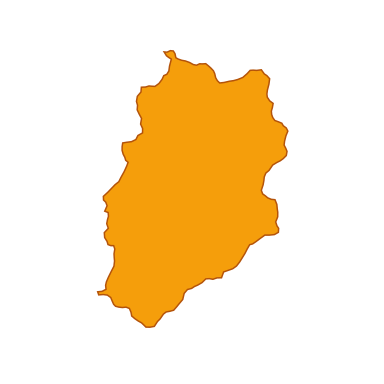 the district of Carmo de Minas, Minas Gerais, Brazil, rotated 209°
{"feature_id": "56859067B32891499548928", "entity_name": "Carmo de Minas", "entity_type": "district", "adm_level": 2, "iso_a3": "BRA", "parent_name": "Brazil", "parent_adm1": "Minas Gerais", "projection": "equal_earth", "projection_center": [-45.157, -22.089], "detail": "fine", "context": "isolated", "style": "filled", "palette": "amber", "viewbox_px": 384, "rotation_deg": 209, "n_neighbors": 0, "source": "geoboundaries", "source_scale": "gbopen_adm2", "svg_char_len": 2599}
<svg xmlns="http://www.w3.org/2000/svg" viewBox="0 0 384 384"><g transform="rotate(209 192 192)"><path d="M226.1,59.0L223.7,56.8L219.9,59.3L216.0,60.8L211.9,60.3L208.5,57.6L206.1,55.8L203.5,55.0L200.3,55.8L196.9,57.2L193.9,59.3L190.3,59.8L187.0,57.2L184.6,54.3L180.7,53.5L176.5,53.1L172.7,53.1L170.0,52.4L166.8,51.5L163.2,53.4L159.8,56.2L159.4,62.0L158.4,65.4L157.8,71.4L156.4,74.6L153.7,76.8L150.7,79.7L149.7,84.4L149.1,87.9L148.0,93.5L149.7,99.5L148.7,104.5L145.6,107.5L144.0,110.6L141.9,113.3L139.3,117.6L137.8,122.7L134.9,124.6L131.4,125.8L128.5,129.0L124.6,131.3L125.6,137.4L122.1,141.3L119.2,144.6L117.2,148.8L116.4,153.9L116.1,159.7L115.9,164.0L116.1,169.0L116.0,173.9L113.8,176.0L112.0,179.6L110.0,184.1L107.4,189.6L103.3,191.9L99.3,194.7L96.9,198.6L98.6,202.2L101.3,203.6L104.3,206.4L105.0,211.8L107.2,215.9L109.2,218.5L111.8,222.3L115.7,225.5L119.2,224.0L123.0,223.6L125.9,224.2L129.3,224.6L132.2,227.1L133.3,232.8L134.7,236.9L136.1,240.2L136.6,244.3L135.1,248.2L134.5,254.7L132.0,259.1L130.0,262.0L128.4,265.4L127.2,269.6L128.6,273.6L131.2,275.7L134.2,277.7L135.7,281.4L137.1,286.7L137.7,291.7L140.6,293.7L144.3,294.2L146.8,295.7L150.4,295.3L154.3,294.7L157.5,296.3L159.9,298.4L161.8,301.2L162.6,304.7L164.0,308.8L168.3,309.4L172.1,311.4L174.0,314.0L175.5,317.8L177.0,323.6L179.0,328.7L183.0,330.1L186.0,330.3L190.6,332.5L194.4,329.7L197.6,328.2L200.1,326.6L201.2,322.1L203.1,316.8L206.6,312.5L209.7,309.5L213.0,307.0L217.1,303.3L220.6,300.8L223.7,301.6L226.7,303.4L229.5,306.5L232.0,308.4L235.4,309.5L238.4,310.2L242.2,310.9L244.8,309.2L247.5,307.8L249.5,305.1L252.6,304.1L257.0,304.1L261.3,303.4L264.9,302.2L268.5,301.6L271.2,301.6L273.9,304.7L276.7,306.3L279.5,305.1L281.6,302.2L284.3,301.0L280.4,298.8L277.7,298.4L274.5,298.2L272.7,291.2L270.9,286.6L271.1,282.7L273.1,280.1L272.8,276.0L273.5,270.9L275.6,266.4L278.5,265.0L281.0,263.9L283.5,261.3L287.1,259.1L285.1,254.7L286.2,249.2L284.5,244.3L281.7,241.5L279.8,237.3L275.9,234.5L271.8,231.9L269.9,226.5L266.0,223.6L263.9,219.7L266.7,215.2L266.5,210.7L269.3,206.7L273.4,203.7L276.4,201.3L275.1,197.8L273.3,194.5L270.5,191.7L267.5,189.7L265.4,187.6L262.3,187.0L261.7,183.3L261.2,177.0L261.2,170.2L261.0,165.5L262.8,161.2L264.1,156.3L265.5,151.0L267.4,145.2L265.5,142.1L262.5,141.3L259.6,138.8L259.0,132.9L255.4,133.4L253.3,130.3L252.5,126.8L251.2,122.9L247.6,119.7L249.0,113.9L246.3,109.8L242.3,107.6L240.0,105.3L237.1,105.7L234.5,107.1L231.9,104.7L230.2,100.1L228.2,96.9L226.3,94.1L224.3,89.3L224.1,83.2L223.8,76.9L223.3,71.9L222.3,68.5L220.0,65.2L222.5,61.5L226.1,59.0Z" fill="#f59e0b" stroke="#b45309" stroke-width="1.5"/></g></svg>